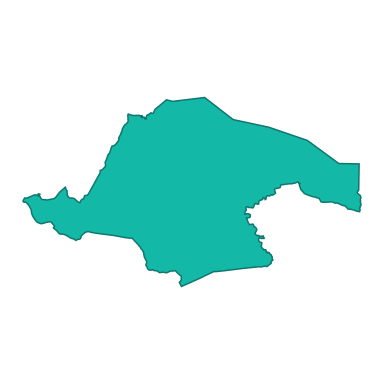 Kwahu South, Eastern, Ghana
{"feature_id": "2480657B68408124911047", "entity_name": "Kwahu South", "entity_type": "district", "adm_level": 2, "iso_a3": "GHA", "parent_name": "Ghana", "parent_adm1": "Eastern", "projection": "albers", "projection_center": [-0.601, 6.627], "detail": "fine", "context": "isolated", "style": "filled", "palette": "teal", "viewbox_px": 384, "rotation_deg": 0, "n_neighbors": 0, "source": "geoboundaries", "source_scale": "gbopen_adm2", "svg_char_len": 5992}
<svg xmlns="http://www.w3.org/2000/svg" viewBox="0 0 384 384"><path d="M359.1,163.9L338.8,163.5L307.3,140.4L268.7,127.2L233.2,119.6L204.6,97.5L172.5,101.4L166.5,99.8L155.1,109.3L154.4,110.5L153.8,112.3L152.9,113.4L151.9,113.4L151.0,112.8L149.7,113.7L148.8,114.4L148.0,114.9L147.4,115.0L146.7,115.7L146.4,116.2L146.3,117.3L146.1,117.8L146.1,118.1L146.4,118.8L146.2,118.9L145.2,118.9L144.7,118.6L144.8,117.9L144.4,117.4L144.0,117.1L143.6,117.1L142.7,117.5L141.5,117.5L141.3,117.2L141.2,116.9L141.3,116.7L142.3,116.1L142.3,115.9L141.5,115.7L140.3,115.8L139.1,115.3L138.0,115.3L137.2,115.6L136.8,115.6L136.4,115.3L135.5,115.6L134.8,115.4L133.7,115.5L132.0,115.3L128.5,114.1L127.9,114.5L127.8,115.1L128.0,115.5L127.8,116.2L127.9,116.6L128.1,118.0L127.9,119.3L128.1,120.0L128.2,120.9L127.8,122.1L127.6,122.4L126.8,123.2L126.6,123.7L125.3,124.4L124.6,125.1L123.1,127.4L122.2,129.3L122.2,130.6L121.6,131.3L121.6,132.4L120.8,133.2L121.0,134.2L120.5,134.6L119.1,137.1L118.8,137.8L118.9,138.6L118.7,139.2L118.9,139.9L118.6,140.5L115.7,144.3L113.9,145.7L112.5,146.0L111.8,146.4L110.7,149.4L110.7,150.0L109.7,152.5L109.6,153.2L108.8,153.8L108.1,154.7L106.0,160.6L105.3,161.7L105.2,162.2L105.2,163.4L105.5,164.4L105.4,166.4L104.6,167.3L102.0,169.9L100.2,170.4L100.1,172.6L99.9,173.2L88.1,194.5L87.7,194.7L87.3,195.2L87.0,195.4L85.2,195.4L84.8,195.5L84.4,196.2L83.7,198.8L83.2,199.0L82.5,199.0L82.1,199.2L81.1,200.3L80.5,201.3L80.0,202.6L78.5,202.3L77.2,201.2L74.1,198.4L73.2,198.4L72.2,198.0L70.1,198.1L69.8,198.0L68.5,197.0L67.2,195.0L67.3,193.5L67.0,192.5L67.0,190.6L66.3,189.9L65.8,188.7L65.7,187.9L65.3,187.2L59.3,192.5L56.2,196.8L54.2,198.6L46.5,200.1L45.7,199.7L42.3,199.6L41.3,198.9L40.8,198.1L40.1,196.7L39.3,196.2L38.9,195.6L38.9,195.2L39.6,195.0L39.9,194.7L39.9,194.3L39.2,194.0L38.5,193.8L38.3,193.9L38.0,194.3L38.0,195.4L37.9,195.6L37.7,195.7L36.4,195.0L35.7,194.8L33.2,195.3L32.4,195.8L26.8,198.1L26.2,198.1L24.5,198.0L24.2,198.9L23.3,200.3L23.2,200.9L23.0,201.1L23.6,201.9L24.2,202.3L25.0,202.2L25.4,202.0L27.2,203.4L27.3,203.7L28.9,205.5L31.1,209.5L31.6,212.9L32.0,214.4L33.1,216.8L35.2,220.0L36.2,221.2L37.1,222.1L37.4,222.3L40.1,223.5L41.6,223.7L44.1,223.1L45.8,222.5L47.1,222.2L50.7,221.7L51.3,222.2L53.2,224.6L54.5,226.0L54.5,226.6L53.4,227.6L53.7,228.3L56.8,230.7L58.8,233.3L59.4,233.8L60.5,234.1L61.7,234.1L63.2,234.2L64.7,234.6L66.7,235.6L70.8,238.1L71.9,238.5L73.2,238.8L74.0,239.1L75.9,240.4L77.8,239.4L79.8,239.1L80.7,238.3L81.1,236.2L82.9,234.2L84.3,233.3L85.2,232.4L88.0,231.5L91.0,232.3L96.6,233.3L113.3,235.4L126.3,237.8L132.3,238.3L139.1,245.7L139.5,246.5L140.4,246.9L140.7,248.3L141.0,248.8L142.3,250.0L142.6,250.4L143.2,252.0L143.7,252.8L143.8,254.4L144.5,257.5L144.9,258.1L146.0,260.3L146.5,260.9L146.7,261.9L146.6,262.9L145.9,264.8L146.0,265.3L146.2,265.8L147.2,267.4L147.5,268.5L148.4,269.7L149.3,270.1L151.1,270.1L151.9,270.0L152.6,269.5L153.0,269.7L153.6,270.3L154.0,270.5L157.4,271.0L158.7,272.1L159.2,272.5L159.9,272.6L163.2,272.2L166.3,272.8L166.9,272.7L168.5,272.0L169.8,271.1L173.5,271.0L175.3,270.6L176.9,272.4L179.8,275.1L181.2,275.9L181.3,279.4L181.1,280.5L179.3,282.3L181.4,286.5L200.5,278.0L206.5,275.0L214.5,271.3L214.9,271.7L224.7,270.7L241.4,268.6L254.7,267.2L258.1,266.8L261.8,266.9L264.6,266.1L266.9,266.6L267.4,266.4L269.4,264.5L270.0,264.3L271.2,263.2L271.1,261.5L271.6,261.0L272.8,260.3L272.9,260.0L272.8,259.7L272.2,258.9L272.2,256.9L271.6,255.9L271.0,254.5L269.4,253.6L269.3,253.3L269.4,252.9L269.0,252.5L268.2,252.4L267.9,252.3L267.5,252.8L267.2,252.8L267.2,252.6L267.1,252.4L266.8,252.5L266.4,251.9L266.4,251.6L266.1,251.3L266.2,251.1L265.9,250.5L266.0,250.2L265.8,249.9L265.3,249.7L264.7,249.9L264.4,249.7L263.7,249.9L263.4,249.8L263.5,249.2L262.4,248.5L261.8,247.6L261.9,247.4L261.1,246.4L261.7,244.4L261.8,242.8L260.9,242.3L260.5,242.3L259.8,242.0L259.0,241.1L258.6,240.4L258.6,238.9L259.1,238.2L260.5,238.2L261.0,238.4L261.8,238.5L264.1,238.4L264.3,238.1L263.3,237.0L263.4,236.0L259.3,236.4L259.1,236.3L259.0,235.6L258.8,235.4L256.9,235.6L255.5,234.3L255.1,232.9L256.1,231.6L256.1,231.2L256.7,230.1L256.8,229.3L255.6,227.3L255.0,227.1L254.8,226.8L254.2,226.7L253.4,225.7L253.5,225.8L253.8,225.4L253.5,224.7L252.9,224.1L252.3,224.1L251.0,224.5L250.4,224.5L250.1,224.4L249.3,224.6L248.1,222.3L246.6,217.8L247.3,217.9L248.3,217.8L249.6,217.5L250.2,216.9L250.3,215.6L250.2,214.7L249.6,214.2L248.4,213.8L246.9,213.7L244.8,214.3L244.8,212.8L245.6,210.7L246.2,210.5L246.0,207.4L246.5,206.8L246.7,206.7L247.0,206.7L247.2,206.9L247.9,206.9L248.2,207.3L248.7,207.5L251.3,207.6L251.7,207.4L252.2,207.9L252.4,207.9L252.7,207.6L253.2,207.7L253.7,206.8L254.8,203.8L255.5,203.6L256.2,203.8L256.5,203.7L257.5,204.2L258.6,204.1L258.9,201.5L259.1,201.0L259.5,200.6L262.5,199.5L262.8,199.1L262.8,198.1L262.9,197.7L263.2,197.6L264.3,198.1L264.8,198.6L265.2,199.6L265.8,199.2L266.0,198.9L266.2,197.8L266.0,197.1L266.4,197.0L266.7,196.2L267.4,195.6L269.4,196.1L269.9,195.9L271.3,194.7L272.1,195.2L273.9,194.5L275.5,193.1L275.0,191.2L274.5,189.8L274.6,189.4L275.0,188.7L278.3,188.1L278.6,187.9L279.1,187.9L280.0,187.6L280.2,187.2L281.1,184.6L282.7,184.7L285.6,184.2L289.1,183.8L291.6,183.8L295.6,182.9L297.7,181.9L298.2,181.9L298.9,183.6L299.9,183.4L299.4,185.2L300.8,189.5L302.6,191.5L303.8,192.7L304.2,193.5L307.9,195.0L312.2,196.5L314.2,196.9L316.6,197.7L318.8,198.2L319.8,199.5L321.0,201.9L323.7,202.3L331.6,201.9L332.6,202.0L334.8,203.1L337.0,203.0L338.4,203.5L342.0,205.2L343.1,205.6L344.9,205.7L345.3,206.3L346.4,207.2L347.5,208.5L347.8,209.0L348.0,209.1L351.5,209.4L352.3,209.8L354.1,210.0L355.8,210.9L359.4,211.7L359.3,211.2L359.7,210.8L359.9,210.7L360.2,210.2L359.7,208.7L359.7,208.4L360.1,207.6L359.8,207.0L360.2,206.5L360.3,206.1L360.8,205.8L360.9,205.7L360.8,205.1L361.0,203.7L360.8,203.2L360.3,202.5L360.2,202.2L360.6,201.2L360.6,200.9L360.3,200.2L360.3,199.8L360.6,198.6L360.9,198.0L360.4,195.6L359.8,195.2L357.5,193.3L357.3,193.0L357.3,192.4L357.5,191.6L358.2,190.8L358.7,190.1L359.1,163.9Z" fill="#14b8a6" stroke="#0f766e" stroke-width="1.5"/></svg>